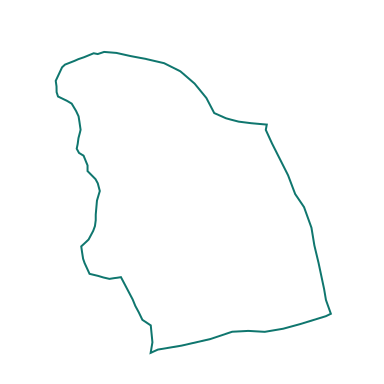 Akoko South East, Ondo, Nigeria, rotated 171°
{"feature_id": "59680162B2512996274201", "entity_name": "Akoko South East", "entity_type": "district", "adm_level": 2, "iso_a3": "NGA", "parent_name": "Nigeria", "parent_adm1": "Ondo", "projection": "equal_earth", "projection_center": [5.93, 7.423], "detail": "fine", "context": "isolated", "style": "outline", "palette": "teal", "viewbox_px": 384, "rotation_deg": 171, "n_neighbors": 0, "source": "geoboundaries", "source_scale": "gbopen_adm2", "svg_char_len": 1331}
<svg xmlns="http://www.w3.org/2000/svg" viewBox="0 0 384 384"><g transform="rotate(171 192 192)"><path d="M256.9,344.1L263.5,343.0L267.4,344.4L277.6,342.0L283.4,341.0L287.5,339.9L292.5,338.8L297.5,337.7L300.8,335.5L309.2,323.1L309.3,317.5L310.1,311.8L309.4,307.3L301.1,301.5L297.0,298.1L293.8,290.1L292.2,284.5L292.2,278.8L292.3,270.9L293.5,268.0L295.7,263.0L297.4,257.3L299.1,252.8L297.5,248.3L293.4,244.8L291.0,234.6L291.9,229.0L287.3,222.6L285.3,219.8L283.7,215.3L282.9,207.4L287.2,198.4L288.9,191.6L290.6,184.8L291.5,179.2L293.2,173.5L295.7,169.0L299.1,164.5L301.6,161.2L306.6,157.8L309.9,155.6L310.0,149.9L310.0,143.1L309.2,138.6L306.0,127.2L297.8,123.8L292.8,121.4L287.1,119.1L282.1,119.1L279.6,119.0L275.5,119.0L267.4,95.1L265.8,88.3L263.4,81.5L261.0,73.5L253.6,66.7L254.6,49.7L258.0,39.6L250.3,41.7L226.3,41.9L196.9,43.9L174.2,47.7L163.9,46.6L158.1,46.0L142.0,42.5L123.3,42.7L106.0,44.6L92.6,46.5L79.2,48.4L73.9,50.0L76.3,62.8L76.6,64.5L76.7,75.3L78.1,102.2L79.5,120.1L79.6,138.0L83.7,159.5L84.9,162.1L90.4,173.8L94.5,193.5L105.4,227.5L109.4,241.8L107.6,246.9L110.1,247.5L122.8,250.7L134.9,254.2L142.5,257.5L146.9,259.5L155.7,265.2L157.7,266.5L163.1,282.6L172.5,298.7L184.6,313.0L199.4,323.6L216.2,330.4L216.8,330.7L221.7,332.4L231.5,335.9L244.9,341.2L256.9,344.1Z" fill="none" stroke="#0f766e" stroke-width="2"/></g></svg>